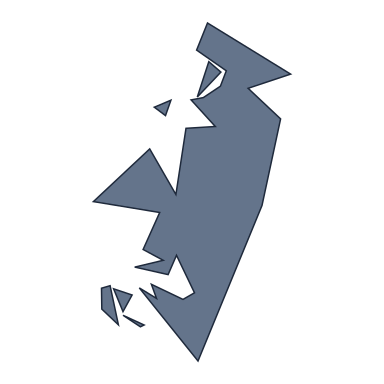 an SVG outline of Aisén del General Carlos Ibáñez del Campo
{"feature_id": "CHL-2691", "entity_name": "Aisén del General Carlos Ibáñez del Campo", "entity_type": "Region", "adm_level": 1, "iso_a3": "CHL", "parent_name": "Chile", "parent_adm1": "", "projection": "albers", "projection_center": [-74.056, -46.391], "detail": "coarse", "context": "isolated", "style": "filled", "palette": "slate", "viewbox_px": 384, "rotation_deg": 0, "n_neighbors": 0, "source": "natural_earth", "source_scale": "10m", "svg_char_len": 711}
<svg xmlns="http://www.w3.org/2000/svg" viewBox="0 0 384 384"><path d="M207.5,23.0L290.6,74.1L248.1,88.3L280.6,118.9L262.0,205.5L198.0,361.0L139.3,287.9L156.5,298.4L151.4,284.3L183.0,299.4L194.5,292.8L176.5,255.3L168.1,274.6L134.7,267.1L163.2,260.3L143.1,249.5L159.7,212.5L93.4,201.6L149.7,148.9L175.9,194.5L186.0,128.3L215.3,126.5L191.1,99.9L203.3,97.6L220.4,86.2L226.3,70.8L196.6,50.1L207.5,23.0ZM197.3,97.0L208.8,61.7L220.9,72.1L197.3,97.0ZM118.4,324.8L101.8,309.1L101.5,288.2L110.1,285.7L118.4,324.8ZM123.0,315.3L144.1,325.0L140.4,326.8L123.0,315.3ZM123.0,311.6L113.6,288.8L132.1,295.0L123.0,311.6ZM170.9,100.2L165.5,115.6L154.3,107.2L170.9,100.2Z" fill="#64748b" stroke="#1e293b" stroke-width="1.5"/></svg>